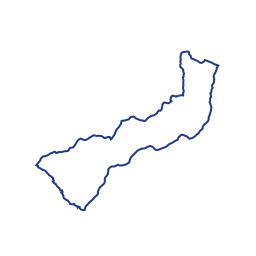 outline of Guaraçaí, São Paulo, Brazil, rotated 21°
{"feature_id": "56859067B61494615775920", "entity_name": "Guaraçaí", "entity_type": "district", "adm_level": 2, "iso_a3": "BRA", "parent_name": "Brazil", "parent_adm1": "São Paulo", "projection": "mercator", "projection_center": [-51.278, -21.071], "detail": "fine", "context": "isolated", "style": "outline", "palette": "blue", "viewbox_px": 256, "rotation_deg": 21, "n_neighbors": 0, "source": "geoboundaries", "source_scale": "gbopen_adm2", "svg_char_len": 4233}
<svg xmlns="http://www.w3.org/2000/svg" viewBox="0 0 256 256"><g transform="rotate(21 128 128)"><path d="M151.0,38.9L151.1,41.0L151.6,43.2L152.3,44.3L152.9,45.5L152.9,46.9L153.6,48.0L154.1,49.1L154.1,50.4L155.1,52.3L157.0,52.9L158.5,53.8L159.6,55.8L160.8,57.1L160.8,58.7L161.5,59.8L161.1,61.3L161.9,62.3L162.8,63.8L163.3,65.9L164.2,67.5L164.6,69.1L165.1,71.1L165.9,72.2L166.9,73.7L166.9,75.3L167.8,77.9L166.6,78.1L164.6,79.1L163.5,79.9L161.7,81.4L159.3,81.5L157.6,82.2L157.2,84.5L157.4,86.4L159.0,87.3L158.0,89.0L157.1,90.3L156.0,90.7L153.7,90.9L152.6,91.3L151.9,92.7L151.9,94.3L152.3,96.3L152.5,97.6L152.7,98.8L151.8,100.5L150.6,100.5L149.9,102.1L149.8,103.7L148.9,105.0L148.1,106.4L146.6,107.6L145.1,108.6L144.3,109.9L143.2,111.2L142.5,112.9L141.9,114.3L141.4,115.4L139.7,115.7L137.6,116.1L135.7,116.4L133.8,116.1L132.0,116.3L130.6,115.6L128.9,115.4L127.5,116.3L126.5,116.9L125.9,118.4L125.6,119.6L124.6,120.5L123.4,121.2L122.1,122.3L120.5,123.1L119.5,123.6L119.7,125.1L120.0,126.7L119.5,128.3L119.4,129.9L118.8,131.4L118.2,132.8L117.8,134.6L117.9,136.3L117.8,138.3L117.5,140.1L117.1,141.6L116.7,143.2L116.1,144.7L115.0,143.8L114.0,142.9L112.7,143.5L111.2,144.8L109.6,145.9L108.1,145.4L106.5,145.0L104.6,145.4L103.3,145.8L102.1,146.5L100.7,146.8L98.9,147.0L97.8,147.8L96.9,149.4L95.4,150.9L94.4,152.7L93.3,153.8L91.8,154.9L90.4,154.9L89.1,154.9L87.5,154.9L86.0,156.5L85.6,157.7L85.1,159.6L84.9,161.5L84.4,163.8L83.7,165.8L82.6,166.4L81.0,167.5L80.5,169.0L80.5,170.5L79.3,171.5L77.8,172.1L76.0,173.2L74.1,174.6L71.7,175.3L70.9,176.7L69.7,176.9L68.5,176.3L67.3,177.0L66.6,178.0L65.6,178.7L64.5,179.8L63.8,181.0L62.9,182.1L61.6,183.2L60.2,184.3L58.7,185.1L58.1,186.4L57.5,188.1L57.7,189.6L57.1,191.5L55.7,195.7L57.6,195.6L58.3,196.9L59.5,197.0L61.5,197.2L63.5,197.7L64.6,197.4L66.3,197.7L67.6,198.2L68.5,199.0L70.0,199.5L71.0,200.3L72.9,200.6L74.3,201.1L75.7,201.3L76.3,202.6L77.6,203.7L76.9,204.7L78.1,205.5L79.2,206.3L80.3,205.9L82.0,207.4L83.6,208.2L85.3,208.7L86.4,209.6L87.3,210.6L88.5,209.8L89.8,211.1L89.0,212.2L90.5,213.1L91.8,214.1L92.3,215.5L93.5,216.6L95.4,217.1L97.1,217.2L98.7,217.8L100.0,218.6L101.0,219.6L102.8,219.4L103.9,219.0L104.9,218.2L105.7,219.0L107.1,219.3L108.7,219.2L109.6,220.4L110.0,219.3L111.3,219.2L111.9,220.4L113.3,220.9L115.1,220.9L116.8,220.1L116.7,218.1L116.6,216.8L116.8,215.5L117.8,213.9L118.2,212.1L119.2,210.0L120.1,208.9L120.5,207.4L121.2,206.3L121.4,205.1L122.0,203.9L123.0,202.1L123.6,200.3L122.9,198.7L122.7,197.3L122.7,195.6L122.9,194.0L123.4,192.8L124.3,191.2L124.8,189.9L125.5,188.6L125.7,186.7L125.0,184.9L124.4,183.4L124.7,181.7L125.3,180.0L125.7,178.0L125.2,175.9L124.6,174.5L124.5,173.2L125.2,171.7L126.3,169.9L127.7,169.3L129.0,168.9L130.0,167.8L131.2,166.7L131.9,165.8L133.3,166.0L134.9,165.5L136.4,164.8L137.7,163.8L139.3,162.7L140.4,161.1L141.2,160.1L141.4,158.9L141.2,157.3L141.2,155.2L141.4,154.0L145.1,145.5L146.1,144.5L146.9,143.6L148.3,142.3L149.9,141.6L151.8,140.3L152.6,138.9L154.2,137.6L155.0,136.9L156.4,136.8L157.8,136.9L159.5,137.6L161.0,138.3L162.4,138.4L163.5,137.7L164.6,137.2L165.4,136.3L166.7,135.1L168.2,133.7L169.4,132.8L170.7,131.4L171.3,130.1L172.4,128.1L174.4,126.1L177.3,122.5L178.6,121.1L178.6,118.7L179.5,116.8L179.8,115.6L180.9,114.9L182.8,114.7L184.6,114.8L186.3,114.8L188.2,115.7L189.2,116.1L190.3,115.2L191.2,114.5L192.1,113.7L192.9,112.8L193.6,111.4L194.5,109.5L195.2,108.4L195.8,107.0L196.4,104.5L197.3,103.0L197.9,101.8L197.4,100.5L197.6,98.7L198.2,97.0L199.0,95.9L199.6,94.6L200.0,93.4L200.3,92.0L200.2,90.8L199.6,89.8L199.5,88.6L199.6,87.1L199.5,85.6L199.3,84.4L199.3,82.8L199.0,81.4L198.7,79.8L198.0,78.1L196.8,76.6L195.9,75.7L194.9,74.5L194.9,72.7L194.0,70.8L194.4,69.2L193.4,67.4L192.5,66.4L193.0,64.8L192.4,62.8L192.4,61.6L192.5,60.0L191.3,58.4L191.4,56.9L191.9,55.2L191.6,53.3L190.7,50.9L189.7,49.7L189.3,48.4L189.3,46.9L189.7,45.3L189.7,43.5L189.7,41.3L189.2,40.1L189.7,38.6L189.9,37.3L188.2,37.4L186.1,37.4L184.2,37.3L182.9,37.0L180.7,37.0L179.1,37.0L177.0,36.9L175.5,37.0L175.1,38.6L173.6,40.7L172.2,41.2L170.5,40.9L168.8,40.4L167.6,40.4L166.4,40.6L165.2,40.1L163.8,40.4L162.7,40.4L161.7,39.7L160.6,38.1L158.8,37.4L157.8,35.4L156.7,35.1L155.1,35.9L154.0,36.5L152.5,37.1L151.0,38.9Z" fill="none" stroke="#1e3a8a" stroke-width="2"/></g></svg>